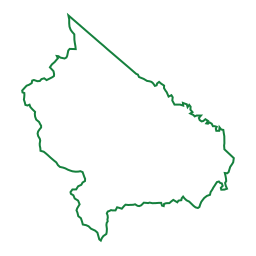 Mallet, Paraná, Brazil
{"feature_id": "56859067B70608233597047", "entity_name": "Mallet", "entity_type": "district", "adm_level": 2, "iso_a3": "BRA", "parent_name": "Brazil", "parent_adm1": "Paraná", "projection": "orthographic", "projection_center": [-50.854, -25.87], "detail": "fine", "context": "isolated", "style": "outline", "palette": "green", "viewbox_px": 256, "rotation_deg": 0, "n_neighbors": 0, "source": "geoboundaries", "source_scale": "gbopen_adm2", "svg_char_len": 3192}
<svg xmlns="http://www.w3.org/2000/svg" viewBox="0 0 256 256"><path d="M78.3,171.6L80.4,171.2L82.6,172.1L84.4,177.2L85.1,178.8L85.0,181.0L82.6,182.5L81.3,184.8L78.1,186.3L76.2,189.4L72.4,189.5L70.5,192.1L70.9,193.8L73.4,195.3L74.7,198.5L78.1,200.6L79.6,204.3L77.2,208.3L76.5,210.3L77.4,212.5L78.3,216.2L80.9,218.2L82.1,221.8L82.8,224.5L86.2,225.2L88.6,226.3L91.0,228.7L95.1,230.6L97.4,232.6L99.3,239.4L100.8,240.6L101.7,238.4L103.3,236.1L106.3,234.0L106.7,232.1L106.9,228.9L106.4,225.0L106.7,222.9L107.7,221.3L107.4,219.6L107.8,217.6L107.6,215.4L106.8,213.3L107.8,211.5L109.3,211.0L111.0,210.1L112.5,210.4L115.5,210.4L117.1,207.3L119.4,207.9L121.8,208.7L122.9,207.4L124.2,205.9L125.5,204.7L128.4,205.0L130.1,204.9L133.2,204.8L135.1,204.3L137.5,205.8L139.2,206.1L141.2,205.3L143.8,202.7L146.5,202.9L148.1,203.1L149.6,202.6L152.4,203.2L155.8,203.1L158.4,202.9L161.2,202.9L162.0,205.6L163.7,206.1L164.1,203.9L166.1,203.2L169.4,203.1L171.2,201.5L173.3,199.9L177.3,202.3L178.5,200.6L181.3,200.2L181.7,198.3L183.1,196.6L184.4,198.3L186.5,200.3L189.2,201.6L193.6,205.9L195.6,207.4L197.9,208.0L199.4,207.0L200.2,204.5L201.3,201.8L202.8,199.8L204.2,198.0L206.9,195.9L210.0,194.8L210.6,192.1L212.4,189.4L213.2,187.8L214.4,186.0L216.9,182.1L218.9,181.5L220.1,182.9L221.8,183.4L222.7,185.9L220.8,187.9L221.3,189.7L224.4,189.6L227.0,188.7L225.7,185.6L225.1,182.9L226.2,181.1L226.0,178.6L225.5,175.8L224.8,173.0L227.2,173.3L228.6,172.1L230.2,166.9L232.1,164.1L233.2,162.3L233.8,158.1L224.4,149.3L224.1,145.6L224.4,143.2L224.3,136.2L223.8,133.3L223.3,129.9L221.2,129.5L219.5,127.3L219.2,130.8L216.3,130.8L215.8,128.8L216.7,126.8L214.7,126.2L212.9,126.2L211.7,123.7L209.5,122.4L208.0,123.7L206.3,123.4L208.0,120.9L205.4,119.2L203.3,121.0L201.6,121.4L199.7,120.1L198.9,118.0L201.0,115.5L196.7,115.5L194.7,116.4L193.4,115.0L190.3,113.5L192.5,112.1L190.4,109.7L190.6,106.7L189.2,104.9L187.6,107.1L186.8,104.3L185.0,103.7L182.9,102.9L183.2,105.6L180.1,104.6L177.3,104.6L174.5,104.6L172.3,100.5L172.7,97.3L171.4,95.2L168.6,96.6L167.7,94.5L166.7,92.2L165.5,90.6L164.0,88.1L164.1,85.6L161.2,83.7L159.1,81.9L157.1,83.5L156.6,85.3L154.9,85.9L153.1,83.3L151.5,81.9L149.6,81.3L147.0,80.9L143.7,78.9L139.0,77.0L137.9,74.6L136.1,73.8L129.3,67.9L107.4,49.2L103.6,45.8L99.8,42.6L68.4,15.4L69.2,19.3L69.2,23.4L69.5,26.7L70.6,29.7L72.0,31.7L74.3,34.3L74.4,39.8L74.8,42.8L75.4,46.1L75.7,49.1L69.7,48.9L68.3,50.5L67.2,55.8L66.4,57.5L64.6,58.5L60.4,57.6L58.5,56.2L56.8,56.0L57.9,58.3L56.1,60.3L54.8,61.9L51.9,64.4L49.9,67.3L53.5,71.2L54.1,74.2L53.9,76.1L52.3,77.2L49.0,78.9L46.6,80.1L44.2,78.3L41.5,79.1L39.8,81.0L37.4,81.2L33.9,80.0L32.2,80.6L31.7,83.1L29.2,84.7L26.6,85.7L25.2,87.2L22.2,90.5L22.5,92.4L24.3,93.0L24.4,94.9L24.2,97.5L23.9,99.6L24.8,102.4L25.4,104.9L27.5,105.5L29.5,104.7L30.4,107.1L32.4,109.3L35.1,111.9L34.8,113.8L35.1,116.6L36.2,119.6L39.1,122.0L40.0,123.9L41.1,125.7L41.1,127.5L39.6,129.3L38.1,131.5L37.6,133.6L38.2,136.1L39.8,138.8L40.2,140.6L39.7,143.6L39.8,145.8L40.3,148.0L40.5,150.8L43.7,151.7L45.6,153.2L47.7,155.0L50.4,157.5L53.9,160.5L56.3,162.4L58.0,165.2L59.9,166.9L63.1,167.6L65.4,168.4L67.9,169.7L70.3,170.6L72.5,171.3L75.5,171.7L78.3,171.6Z" fill="none" stroke="#15803d" stroke-width="2"/></svg>